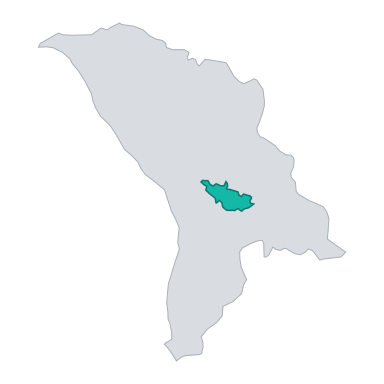 where Ialoveni sits in Moldova
{"feature_id": "MDA-1640", "entity_name": "Ialoveni", "entity_type": "District", "adm_level": 1, "iso_a3": "MDA", "parent_name": "Moldova", "parent_adm1": "", "projection": "natural_earth1", "projection_center": [28.789, 46.926], "detail": "fine", "context": "in_parent", "style": "filled", "palette": "teal", "viewbox_px": 384, "rotation_deg": 0, "n_neighbors": 0, "source": "natural_earth", "source_scale": "10m", "svg_char_len": 2638}
<svg xmlns="http://www.w3.org/2000/svg" viewBox="0 0 384 384"><path d="M38.4,47.2L40.3,43.4L58.4,33.1L63.0,34.8L72.4,35.2L91.6,34.8L101.1,28.0L106.9,29.9L111.7,26.9L119.6,23.0L120.7,23.9L121.7,24.5L133.9,26.2L143.1,29.9L149.2,35.5L155.6,39.0L162.1,40.4L165.7,43.2L166.4,47.5L172.6,49.7L184.1,49.6L189.0,52.4L187.2,58.2L188.4,60.1L192.5,58.1L195.6,59.8L197.2,64.0L199.1,66.0L204.9,59.4L211.1,60.1L226.2,62.8L234.2,76.6L239.2,81.5L243.6,83.6L249.1,81.4L254.0,78.8L256.8,80.1L262.9,89.2L264.4,101.1L264.3,106.0L262.2,114.1L259.1,122.8L256.7,128.4L257.8,132.9L259.9,136.7L263.5,137.9L275.2,145.6L279.5,150.9L285.9,154.9L290.7,155.1L293.2,157.3L294.1,160.0L293.5,166.8L290.8,173.2L291.2,177.4L295.4,182.2L295.9,187.9L296.2,191.5L298.5,194.3L309.2,200.6L323.1,206.6L326.7,211.8L328.9,218.4L328.2,229.4L327.4,239.0L345.6,252.0L343.6,254.4L340.8,257.0L323.4,259.0L319.9,260.1L312.2,250.3L308.3,249.1L304.6,252.7L300.2,254.7L294.9,253.7L289.3,250.7L286.4,248.6L284.1,248.3L280.6,250.4L275.9,249.5L272.9,247.1L268.5,255.4L265.8,257.1L264.1,256.9L263.7,242.8L262.4,240.7L258.9,240.4L250.4,243.7L242.4,248.0L239.7,251.9L239.9,258.8L241.1,267.0L246.6,279.6L243.6,285.0L241.5,293.7L232.8,301.7L223.0,306.4L222.2,315.9L216.8,322.4L207.5,329.0L201.2,336.8L202.8,342.2L203.1,347.3L202.1,350.7L201.8,353.4L199.4,354.6L185.1,355.6L181.1,357.2L176.5,361.0L172.1,353.9L167.6,347.6L164.3,344.3L165.7,342.8L169.3,341.0L171.9,338.9L171.6,331.5L169.7,323.0L168.0,318.9L167.9,312.4L166.7,302.4L168.4,283.8L175.6,260.4L179.5,248.8L177.7,242.5L179.2,227.6L176.1,220.3L171.3,210.7L164.5,189.9L156.0,182.7L145.5,174.7L141.0,168.7L138.0,162.1L131.7,155.6L124.6,149.5L116.0,134.5L111.6,127.7L110.3,125.8L100.5,116.2L95.4,107.5L92.8,100.3L91.4,93.7L84.6,80.6L78.4,70.8L72.5,63.8L69.8,58.9L62.9,52.6L53.0,47.7L46.6,46.8L38.4,47.2Z" fill="#d9dde1" stroke="#a8b0b8" stroke-width="1"/><path d="M216.2,203.0L215.7,201.6L215.6,199.9L215.2,198.3L214.2,197.3L209.9,194.0L205.8,190.1L206.4,188.3L206.7,186.3L203.8,184.6L201.0,182.0L201.8,181.3L202.5,180.4L205.4,180.7L207.9,180.6L210.0,184.3L213.3,186.1L214.6,184.8L216.1,183.8L218.3,184.6L220.4,185.8L224.0,185.7L226.0,181.6L227.4,183.6L227.6,186.5L226.7,187.6L226.5,188.8L227.9,189.3L229.4,189.3L237.9,191.9L239.2,195.5L241.7,196.5L242.5,195.1L243.5,194.1L245.4,194.5L247.4,195.3L249.6,195.7L251.4,197.1L251.1,199.2L249.8,200.7L250.4,203.1L253.7,204.0L251.1,206.1L248.3,207.9L245.8,208.5L243.5,209.4L241.9,211.1L241.3,211.0L240.7,210.7L237.8,208.5L236.4,209.3L234.9,210.6L232.8,210.3L230.7,210.4L226.7,210.3L222.8,207.2L221.8,202.6L219.2,200.3L217.8,202.0L216.2,203.0Z" fill="#14b8a6" stroke="#0f766e" stroke-width="1.5"/></svg>